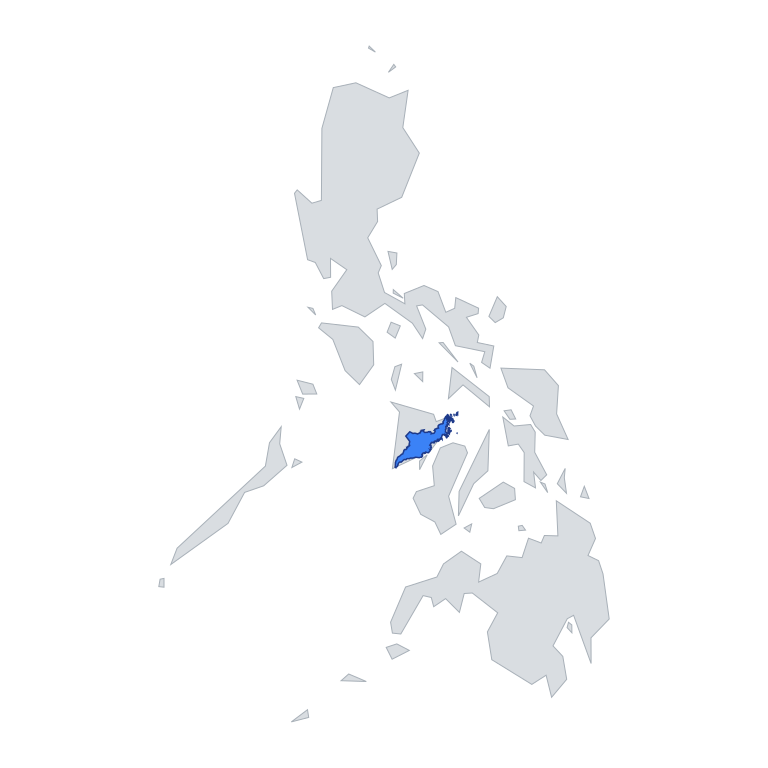 Iloilo, Iloilo, Philippines shown in context
{"feature_id": "2640588B17162343229623", "entity_name": "Iloilo", "entity_type": "district", "adm_level": 2, "iso_a3": "PHL", "parent_name": "Philippines", "parent_adm1": "Iloilo", "projection": "orthographic", "projection_center": [122.982, 11.053], "detail": "fine", "context": "in_parent", "style": "filled", "palette": "blue", "viewbox_px": 768, "rotation_deg": 0, "n_neighbors": 0, "source": "geoboundaries", "source_scale": "gbopen_adm2", "svg_char_len": 9516}
<svg xmlns="http://www.w3.org/2000/svg" viewBox="0 0 768 768"><path d="M355.9,82.8L389.2,97.9L408.1,90.3L402.8,127.6L419.3,153.1L401.7,197.3L377.1,209.1L377.6,221.5L367.7,237.8L381.3,265.6L378.2,272.9L384.5,292.5L404.9,303.8L404.3,293.5L424.0,285.5L438.0,291.6L445.8,312.3L454.7,308.3L455.8,297.6L478.6,308.2L478.1,313.6L466.4,317.3L478.8,335.0L477.3,342.5L493.8,346.0L490.0,368.2L481.6,362.4L484.8,351.7L455.4,345.7L448.6,326.9L422.5,304.9L416.6,305.9L425.8,329.1L422.6,338.6L412.4,323.2L384.9,303.4L364.9,316.9L341.9,305.6L332.5,309.4L331.7,291.2L346.8,269.7L330.5,258.4L330.6,277.3L323.7,278.6L315.3,262.5L307.6,259.7L294.5,193.3L297.2,189.9L311.9,203.2L321.4,200.4L321.9,128.4L333.3,87.6L355.9,82.8ZM556.3,500.8L590.2,523.2L595.5,538.5L588.0,555.5L598.6,560.7L603.0,573.9L609.2,619.0L591.0,637.8L591.1,663.5L573.6,615.3L567.3,618.7L553.0,645.9L562.8,656.4L566.7,679.3L551.6,697.3L546.1,675.2L531.8,684.4L491.8,659.7L487.4,631.9L497.7,612.8L472.3,593.0L464.2,593.5L459.4,612.4L445.6,598.6L433.7,606.7L431.3,597.5L423.1,595.6L400.8,634.0L392.4,633.1L390.6,622.2L405.6,587.0L436.9,577.0L443.5,563.9L461.4,551.2L480.8,563.9L478.6,582.1L497.2,573.5L506.8,555.9L522.1,557.6L528.5,538.2L541.2,543.0L544.4,535.5L557.9,535.9L556.3,500.8ZM456.1,524.2L440.8,534.4L434.9,522.0L420.7,514.3L413.1,498.2L416.4,491.6L434.3,485.7L432.6,466.0L440.3,447.9L453.0,442.8L464.8,446.1L467.5,452.8L448.6,496.2L456.1,524.2ZM544.5,369.8L558.4,385.6L556.6,413.9L568.1,439.5L544.8,435.2L535.5,426.0L530.0,415.8L533.5,406.0L508.0,387.8L500.9,368.1L544.5,369.8ZM390.9,402.0L433.6,414.3L436.2,421.6L448.4,417.1L446.6,428.9L430.4,450.8L392.4,468.7L399.5,412.0L390.9,402.0ZM228.0,523.4L170.8,564.5L177.1,548.2L265.4,466.1L269.5,442.7L281.2,426.7L279.7,443.8L287.0,465.3L263.7,485.8L244.6,492.4L228.0,523.4ZM321.5,322.9L358.3,327.1L373.0,341.5L373.7,364.8L359.5,384.6L345.1,370.6L332.8,339.4L318.6,327.8L321.5,322.9ZM514.1,426.0L530.6,424.5L535.2,432.1L534.7,452.3L546.7,474.8L540.9,480.5L533.6,472.1L535.5,487.9L524.0,481.6L524.2,452.6L518.3,444.1L508.3,445.9L502.8,417.0L514.1,426.0ZM458.4,515.9L459.1,491.4L489.3,429.4L487.9,470.8L473.7,483.7L458.4,515.9ZM515.4,499.7L493.5,508.7L484.7,507.5L479.2,498.4L503.3,482.1L514.6,488.4L515.4,499.7ZM452.0,367.5L489.2,396.6L489.5,406.8L463.0,384.9L448.4,398.7L452.0,367.5ZM503.3,317.8L495.2,322.6L488.9,316.4L497.3,296.7L506.2,306.5L503.3,317.8ZM409.3,650.4L392.1,659.2L386.2,647.4L396.8,643.9L409.3,650.4ZM297.1,380.2L312.9,384.2L316.8,394.0L302.7,394.1L297.1,380.2ZM391.1,322.2L400.3,325.9L395.2,338.1L387.1,332.2L391.1,322.2ZM348.7,674.0L366.3,681.5L341.1,680.7L348.7,674.0ZM566.5,493.3L557.3,483.7L565.2,468.4L564.3,477.7L566.5,493.3ZM401.6,364.2L395.4,390.1L391.3,379.4L394.9,366.7L401.6,364.2ZM307.5,709.7L308.7,717.4L291.3,721.9L307.5,709.7ZM396.9,253.0L396.3,264.6L392.2,269.4L388.0,251.4L396.9,253.0ZM427.2,454.8L419.6,469.7L419.6,461.0L427.2,454.8ZM303.8,398.4L299.5,409.1L295.8,396.6L303.8,398.4ZM515.7,419.0L509.9,419.3L504.1,410.8L511.1,409.8L515.7,419.0ZM422.8,371.9L422.7,381.6L414.4,373.6L422.8,371.9ZM589.0,498.5L580.5,496.8L584.3,486.3L589.0,498.5ZM443.1,342.5L458.0,362.0L439.1,342.8L443.1,342.5ZM301.9,462.1L291.9,467.5L294.7,458.8L301.9,462.1ZM471.7,523.9L469.8,532.2L464.1,528.0L471.7,523.9ZM473.8,366.2L477.1,377.8L469.8,363.2L473.8,366.2ZM164.0,587.2L158.8,586.6L160.1,579.2L164.0,578.4L164.0,587.2ZM525.5,530.1L518.9,530.7L518.3,526.2L522.2,525.4L525.5,530.1ZM571.9,632.8L567.1,627.6L568.5,622.3L571.8,624.9L571.9,632.8ZM312.9,308.4L315.7,315.0L308.0,307.3L312.9,308.4ZM545.0,484.0L547.7,492.6L540.4,482.1L545.0,484.0ZM395.7,66.9L388.4,72.3L393.8,64.4L395.7,66.9ZM403.2,298.2L393.2,293.1L393.3,289.6L403.2,298.2ZM369.2,46.1L375.4,52.1L368.5,48.1L369.2,46.1Z" fill="#d9dde1" stroke="#a8b0b8" stroke-width="1"/><path d="M395.9,467.7L396.1,467.0L396.9,466.7L397.4,466.1L397.6,465.2L398.1,464.9L398.0,464.6L398.2,463.8L399.0,462.5L399.5,462.1L401.2,462.1L401.3,461.8L402.0,461.5L402.9,460.5L404.2,459.5L406.0,459.7L406.5,458.9L407.3,458.6L409.3,458.7L409.5,458.7L410.2,458.1L412.8,458.1L415.7,457.2L419.3,457.7L420.7,457.1L421.6,457.3L422.3,456.3L422.0,456.2L422.1,455.9L422.3,455.7L422.5,455.7L422.4,454.9L422.0,454.9L421.8,454.6L423.0,453.1L424.0,452.8L424.4,453.3L425.0,452.7L425.4,453.0L425.7,452.1L426.9,452.4L427.5,452.9L427.5,453.1L427.6,452.9L428.7,452.6L429.4,451.4L430.0,450.9L430.3,450.1L430.1,449.8L430.3,449.9L431.0,449.3L430.9,448.4L431.1,447.9L430.8,447.7L431.3,447.4L430.9,446.0L430.3,445.6L430.6,445.4L429.9,445.0L430.7,444.2L430.6,443.7L430.9,443.1L431.6,442.9L431.8,442.6L431.9,442.8L432.6,442.5L432.7,442.4L433.2,442.4L433.5,442.4L433.4,442.6L433.8,442.6L433.9,442.9L434.2,442.9L434.3,442.7L434.1,442.6L434.2,442.1L434.2,441.6L434.4,441.6L434.4,441.4L435.0,441.0L435.8,441.0L436.0,441.1L436.0,441.5L436.7,441.5L437.3,440.3L437.3,439.5L437.6,439.3L438.2,439.4L438.5,439.7L438.0,440.4L438.2,441.0L438.3,441.2L438.9,440.9L439.4,440.2L439.0,440.1L438.7,439.5L439.0,439.2L439.8,439.1L440.1,439.3L440.0,439.6L440.4,439.3L440.2,438.9L440.3,438.8L440.6,439.0L441.5,438.1L441.9,435.7L442.3,435.2L442.4,434.6L442.8,434.4L444.4,434.7L444.8,435.1L444.6,435.3L445.2,435.6L445.5,434.9L445.1,434.6L444.8,434.7L444.6,434.4L444.8,434.1L445.9,434.8L445.9,435.1L446.7,434.7L447.0,433.9L446.8,433.1L446.5,432.4L445.4,431.9L445.7,430.7L445.5,430.0L445.7,429.8L445.5,429.5L446.1,428.4L446.0,427.5L445.7,426.9L445.8,426.4L446.2,426.2L446.5,426.5L447.2,426.3L447.3,426.0L446.9,425.2L447.6,425.3L448.1,424.4L447.8,424.2L448.1,423.9L447.8,423.9L447.9,423.5L447.0,422.8L447.5,422.3L447.6,421.7L447.9,421.6L448.2,421.5L448.1,421.2L448.5,420.2L448.7,420.4L448.7,420.0L448.4,419.9L448.2,419.4L447.4,419.8L447.6,419.2L446.9,419.2L446.7,418.9L447.1,418.9L447.1,418.7L446.5,418.2L446.7,417.7L446.8,417.6L446.8,417.8L447.2,418.0L447.2,418.5L447.4,418.5L448.0,416.5L448.3,416.1L448.6,416.1L448.6,415.6L447.8,414.7L448.1,414.2L447.2,415.0L447.2,415.4L445.6,416.7L445.0,418.1L444.6,418.3L444.4,419.7L443.1,421.6L442.9,422.2L443.3,422.7L443.2,423.4L442.7,423.8L440.8,424.0L438.8,425.0L438.1,425.9L438.1,426.9L438.5,428.1L437.4,428.3L436.8,428.7L436.5,428.5L436.2,428.7L435.1,429.2L435.2,429.3L434.3,430.4L434.9,430.5L435.2,431.3L434.1,433.2L433.0,433.5L432.5,433.3L431.2,433.8L431.3,433.0L430.5,431.7L429.5,432.0L429.2,431.6L428.4,431.7L427.4,432.4L426.3,432.3L424.9,432.5L423.2,431.3L424.0,429.9L421.6,430.3L421.7,430.5L421.1,430.9L421.1,431.1L420.6,431.2L420.7,431.8L420.1,432.4L420.3,432.6L420.2,432.9L418.3,433.5L417.7,434.0L415.6,433.3L414.1,433.2L413.0,433.5L409.8,431.8L405.8,436.1L409.5,441.1L409.7,441.7L409.1,444.4L409.7,445.2L409.6,445.6L409.0,446.1L408.4,446.0L407.7,446.7L407.9,447.0L407.6,447.5L406.7,447.4L406.9,448.3L406.6,449.0L406.4,449.0L405.9,449.6L405.0,449.4L403.9,450.3L403.8,451.1L402.7,454.0L401.7,454.2L399.9,455.9L399.0,456.6L398.5,456.6L397.6,457.5L396.8,459.9L396.2,460.2L395.4,462.8L395.6,463.2L395.3,464.0L395.4,464.9L395.1,467.2L395.9,467.7ZM451.7,418.1L451.6,418.3L451.8,418.4L451.5,418.7L451.7,418.8L451.6,419.0L451.2,418.4L450.3,418.6L450.6,419.2L449.9,419.8L450.6,420.7L452.0,420.5L451.9,419.8L452.2,418.5L451.7,418.1ZM449.0,427.9L448.3,427.7L448.2,428.1L448.4,428.4L448.2,428.5L448.3,429.4L448.0,429.8L448.0,430.8L448.5,430.2L448.8,430.5L449.0,430.2L448.9,429.6L449.3,429.5L449.2,429.3L449.5,429.3L449.6,429.0L450.1,428.7L449.5,428.0L449.3,428.3L449.0,428.3L449.0,427.9ZM447.8,435.2L447.6,435.5L447.3,435.3L447.0,435.6L446.4,435.6L446.1,436.0L446.4,436.5L446.2,436.7L446.5,437.0L446.3,437.4L446.5,437.7L446.7,437.8L446.9,437.6L447.7,435.8L447.9,435.6L448.2,435.8L448.1,435.3L447.8,435.2ZM452.7,420.4L452.5,420.5L452.4,421.2L452.8,422.0L452.7,422.4L453.2,422.4L453.9,421.3L453.8,420.8L452.7,420.4ZM449.8,417.0L449.4,417.2L449.4,417.6L448.8,417.7L448.6,418.9L448.2,419.2L448.7,419.2L449.0,418.9L449.2,418.3L449.9,418.2L450.2,417.6L449.8,417.0ZM448.8,431.9L448.6,432.4L448.4,432.5L448.6,433.2L449.1,433.4L449.8,432.7L449.9,432.1L449.4,432.2L448.8,431.9ZM457.6,414.1L457.1,414.4L456.3,414.1L456.0,414.7L456.4,415.0L456.3,415.3L456.7,415.3L457.1,414.6L457.6,414.8L457.6,414.1ZM457.7,412.2L456.9,412.6L456.9,413.4L457.2,413.8L457.7,412.6L457.7,412.2ZM451.1,430.7L450.5,430.9L450.3,431.3L451.0,431.3L451.1,430.7ZM449.9,419.1L449.5,419.6L449.6,419.9L450.2,419.4L449.9,419.1ZM450.8,414.4L450.5,414.7L450.6,415.0L451.2,414.8L450.8,414.4ZM446.8,417.9L446.8,418.3L447.4,418.8L447.0,418.4L447.1,418.0L446.8,417.9ZM449.7,421.7L449.3,422.0L449.4,422.4L449.8,421.9L449.7,421.7ZM452.1,416.0L451.8,416.2L451.5,416.7L452.1,416.0ZM450.2,416.9L450.1,417.2L450.0,417.4L450.4,417.2L450.2,416.9ZM448.5,431.4L448.3,431.4L448.3,431.7L448.6,431.6L448.5,431.4ZM454.1,415.2L454.2,414.9L454.0,414.6L453.9,414.8L454.1,415.2ZM449.0,420.4L448.7,420.6L449.1,420.9L449.2,420.6L449.0,420.4ZM449.4,430.0L449.1,430.2L449.3,430.3L449.4,430.0ZM449.9,420.0L449.7,420.2L449.9,420.3L449.9,420.0ZM449.5,427.4L449.2,427.4L449.1,427.5L449.5,427.4ZM441.7,438.8L441.6,439.0L441.8,439.1L441.7,438.8ZM442.1,438.8L441.9,438.7L442.1,439.0L442.1,438.8ZM448.3,434.0L448.5,433.5L448.3,433.8L448.3,434.0ZM453.0,419.4L452.7,419.5L453.0,419.5L453.0,419.4ZM449.3,433.6L449.1,433.6L449.3,433.8L449.3,433.6ZM449.4,419.0L449.1,419.1L449.4,419.0ZM454.3,420.9L454.1,420.8L454.3,420.9ZM456.9,433.0L456.7,433.0L456.9,433.1L456.9,433.0ZM448.7,424.3L448.6,424.0L448.4,424.1L448.7,424.3ZM457.3,415.6L457.2,415.5L457.3,415.6ZM448.1,427.8L448.0,428.0L448.1,427.8ZM450.2,431.9L450.2,431.7L450.2,431.9ZM449.6,419.3L449.6,419.1L449.6,419.3ZM457.1,416.1L457.2,415.9L457.1,416.1Z" fill="#3b82f6" stroke="#1e3a8a" stroke-width="1.5"/></svg>